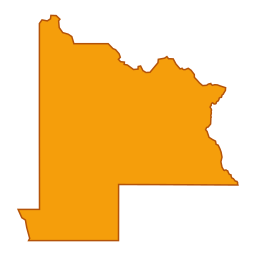 the district of Gunnison, Colorado, United States of America
{"feature_id": "52423323B98763981234957", "entity_name": "Gunnison", "entity_type": "district", "adm_level": 2, "iso_a3": "USA", "parent_name": "United States of America", "parent_adm1": "Colorado", "projection": "mercator", "projection_center": [-106.65, 38.702], "detail": "fine", "context": "isolated", "style": "filled", "palette": "amber", "viewbox_px": 256, "rotation_deg": 0, "n_neighbors": 0, "source": "geoboundaries", "source_scale": "gbopen_adm2", "svg_char_len": 1790}
<svg xmlns="http://www.w3.org/2000/svg" viewBox="0 0 256 256"><path d="M39.4,135.3L39.5,209.4L18.1,209.4L21.8,217.7L25.4,220.0L26.7,227.4L29.7,238.4L28.6,240.6L118.5,240.6L118.6,184.5L156.6,184.6L237.9,185.0L237.6,183.8L237.6,182.6L236.9,181.4L235.3,181.1L233.3,178.6L232.0,178.1L231.2,176.6L231.0,174.9L229.3,174.3L228.3,172.5L227.7,170.9L226.7,170.5L226.1,170.0L225.0,170.1L224.3,170.5L223.8,170.2L223.4,169.6L222.0,167.1L220.9,161.8L222.0,157.1L221.1,152.2L220.0,149.1L218.2,145.2L216.1,144.3L215.5,141.1L212.4,139.5L209.0,137.3L207.1,131.5L205.6,129.7L206.6,127.5L208.2,127.0L210.6,124.0L210.8,119.8L210.8,117.9L211.2,117.2L210.9,116.0L210.8,115.1L211.1,114.4L211.3,113.4L211.3,112.5L211.1,111.0L211.5,110.2L211.3,109.1L210.9,108.5L210.6,108.0L210.1,107.2L210.4,106.2L211.2,105.6L211.2,104.4L211.6,103.5L212.0,103.1L212.7,102.8L213.0,103.1L214.1,104.0L215.2,103.9L215.8,103.7L216.2,103.1L216.3,102.4L216.9,101.6L217.5,101.2L218.3,100.8L218.7,99.8L219.1,99.0L219.1,98.3L219.6,97.8L220.2,97.5L221.4,97.3L221.7,96.8L221.7,95.7L222.3,94.8L223.4,94.0L223.7,93.2L225.4,90.5L225.6,87.7L222.5,86.7L219.8,85.8L217.4,84.9L214.8,84.7L212.4,85.3L211.1,84.3L210.8,83.5L208.3,84.1L206.6,85.3L202.6,85.6L199.4,82.9L196.9,80.0L194.4,77.4L194.3,74.5L191.1,70.3L188.2,68.3L185.1,69.6L183.7,69.6L182.4,69.0L182.1,68.3L180.1,68.9L175.9,64.0L173.2,58.9L168.5,58.7L166.9,56.6L164.5,58.2L158.3,59.3L158.0,62.7L150.0,72.3L146.0,72.5L142.9,70.6L140.6,66.0L138.2,66.5L138.0,69.1L133.5,69.5L127.4,65.0L124.2,64.4L124.4,62.1L120.6,61.7L118.4,59.3L120.3,57.3L119.1,53.8L115.6,49.7L112.9,48.6L108.2,43.7L73.9,43.7L71.8,36.6L68.2,34.2L62.7,32.6L59.2,27.6L58.6,20.8L59.9,19.2L56.2,15.6L50.9,15.4L50.5,18.8L47.3,20.9L42.0,19.9L39.4,23.5L39.4,131.3L39.4,135.3Z" fill="#f59e0b" stroke="#b45309" stroke-width="1.5"/></svg>